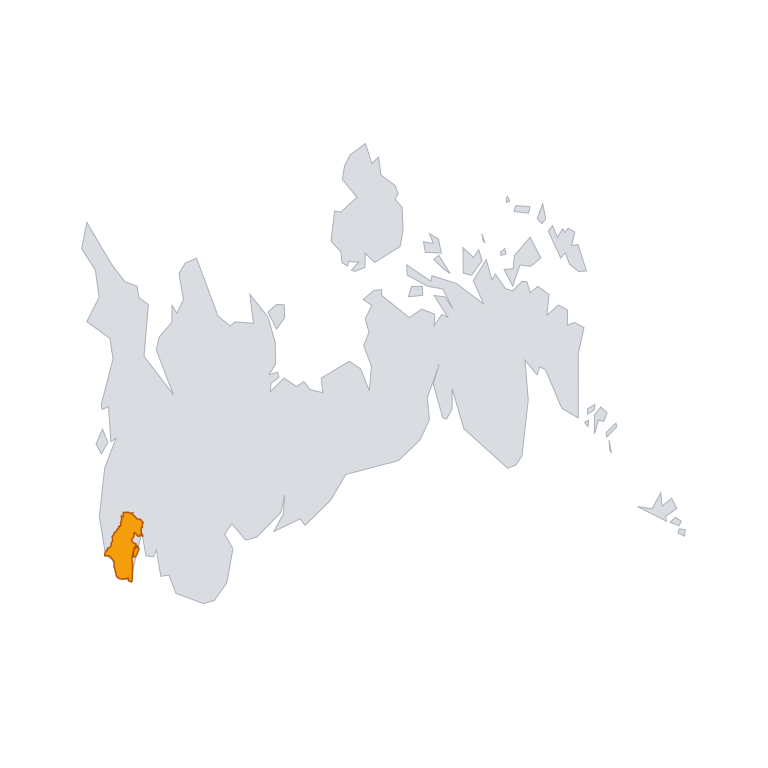 where Kent sits in United Kingdom, rotated 96°
{"feature_id": "GBR-3409", "entity_name": "Kent", "entity_type": "Administrative County", "adm_level": 1, "iso_a3": "GBR", "parent_name": "United Kingdom", "parent_adm1": "", "projection": "equal_earth", "projection_center": [0.675, 51.199], "detail": "fine", "context": "in_parent", "style": "filled", "palette": "amber", "viewbox_px": 768, "rotation_deg": 96, "n_neighbors": 0, "source": "natural_earth", "source_scale": "10m", "svg_char_len": 5614}
<svg xmlns="http://www.w3.org/2000/svg" viewBox="0 0 768 768"><g transform="rotate(96 384 384)"><path d="M416.8,592.3L374.0,614.0L360.8,612.6L345.0,601.5L328.1,602.9L335.3,597.3L321.0,592.3L295.4,599.4L284.7,594.4L278.4,583.7L333.8,556.2L342.5,543.0L337.8,538.9L337.3,520.2L308.8,526.8L329.7,506.3L354.4,496.4L375.7,494.0L386.6,499.2L383.5,491.1L388.4,489.2L395.3,496.5L403.5,496.2L388.6,484.0L395.7,470.7L390.0,464.0L397.2,457.0L399.1,444.1L384.7,447.0L365.0,421.0L371.5,408.6L392.3,398.0L367.7,398.3L348.0,408.2L334.0,404.3L321.2,409.5L307.0,404.3L302.2,413.6L291.9,403.6L290.5,396.0L296.0,395.9L315.3,365.8L305.6,354.2L309.3,340.8L320.7,340.3L308.7,333.7L311.0,327.5L290.8,343.2L290.9,332.9L301.9,323.2L283.2,335.6L282.4,350.1L273.3,372.3L263.1,373.9L276.9,348.2L271.3,347.6L276.6,322.2L294.3,293.0L271.9,306.0L249.9,295.3L269.1,287.5L263.1,284.7L276.3,273.3L278.1,265.9L267.6,257.6L267.5,252.5L278.0,248.1L270.8,241.2L277.7,229.2L298.6,229.2L287.3,218.7L291.2,209.2L306.5,207.9L303.0,201.1L306.9,191.0L333.7,194.0L397.5,187.2L389.6,204.6L352.9,224.9L350.6,230.9L358.8,232.8L345.4,246.3L384.7,238.9L441.4,239.3L450.9,244.4L454.8,252.2L420.1,299.9L381.7,315.7L401.7,313.7L412.5,318.3L411.4,322.0L378.6,335.1L358.6,331.2L393.3,339.5L414.6,335.1L435.8,342.3L458.7,361.7L478.0,412.7L504.7,424.6L532.7,447.6L526.9,453.4L542.2,478.1L523.6,470.5L504.8,471.2L522.5,473.1L549.7,494.7L553.7,505.3L538.7,520.8L550.0,526.7L563.6,517.0L598.1,519.6L616.9,530.0L621.2,540.7L614.0,568.9L596.5,578.0L598.6,585.8L573.0,593.0L580.1,595.5L579.8,602.8L556.9,609.3L605.6,615.7L604.8,627.0L587.4,635.4L583.3,643.0L546.0,653.2L497.0,653.0L465.9,644.8L469.9,649.6L435.4,655.6L438.7,661.7L435.0,663.2L387.4,656.1L367.3,661.4L353.0,686.1L327.7,676.4L301.0,682.9L281.0,698.8L254.4,696.4L293.3,667.6L309.3,652.4L312.6,639.8L323.9,636.7L329.6,626.6L381.5,625.6L416.8,592.3ZM247.4,451.6L217.1,451.2L217.6,444.9L201.1,430.4L185.0,446.7L171.5,446.1L159.8,441.8L146.8,427.6L166.0,419.2L158.9,413.1L176.4,408.9L185.6,393.6L193.3,389.8L198.8,392.4L206.5,384.5L229.2,381.0L245.6,382.4L264.1,406.0L255.9,416.4L270.1,415.1L275.0,424.8L274.2,428.3L265.5,421.9L265.8,431.9L270.5,432.5L267.9,438.4L257.2,440.6L247.4,451.6ZM251.8,202.3L245.4,212.0L234.5,217.4L240.3,221.4L214.7,236.6L209.0,233.0L219.9,226.9L210.9,222.4L214.4,219.8L209.8,217.2L213.0,210.1L226.9,212.0L224.9,205.7L250.4,194.5L251.8,202.3ZM251.7,250.5L251.5,261.3L273.1,266.2L257.6,276.6L255.9,267.7L242.5,267.6L222.8,254.0L242.3,241.3L251.7,250.5ZM477.1,79.9L486.3,90.1L491.0,88.7L479.4,119.1L480.0,104.3L463.2,97.4L476.4,94.7L467.6,86.0L477.1,79.9ZM265.5,316.8L240.1,319.7L248.9,308.3L240.6,303.8L251.1,299.4L266.7,308.3L265.5,316.8ZM328.0,489.7L340.6,496.5L324.6,506.9L316.1,499.2L315.7,491.6L328.0,489.7ZM247.7,340.7L248.8,356.6L238.4,359.6L239.1,349.5L229.8,354.3L234.0,345.1L247.7,340.7ZM398.4,161.6L397.3,166.8L411.4,169.5L392.8,171.5L384.3,166.0L389.4,159.1L398.4,161.6ZM294.8,368.8L284.2,366.9L282.8,356.1L291.7,354.7L294.8,368.8ZM483.1,657.8L473.8,664.1L458.4,659.3L470.9,652.5L483.1,657.8ZM254.9,347.5L250.3,342.9L267.3,329.8L263.6,336.4L254.9,347.5ZM202.9,240.4L208.0,243.6L203.5,248.9L188.2,245.0L202.9,240.4ZM198.9,272.6L192.8,271.7L192.3,257.5L199.0,258.0L198.9,272.6ZM491.6,85.0L486.1,80.2L489.4,74.0L494.0,75.8L491.6,85.0ZM413.3,156.8L409.3,158.2L398.7,149.3L402.2,148.0L413.3,156.8ZM392.6,178.4L387.4,179.1L382.3,172.0L387.9,172.3L392.6,178.4ZM503.9,69.2L501.5,75.9L497.1,75.2L497.5,69.2L503.9,69.2ZM427.1,152.2L416.4,154.4L428.2,150.7L427.1,152.2ZM243.8,281.2L240.6,281.8L236.7,278.1L242.0,276.3L243.8,281.2ZM405.0,176.6L401.3,180.5L398.6,176.8L405.0,176.6ZM230.9,300.5L224.3,302.4L233.2,298.3L230.9,300.5ZM190.5,281.1L186.4,281.9L184.6,280.7L188.9,278.1L190.5,281.1Z" fill="#d9dde1" stroke="#a8b0b8" stroke-width="1"/><path d="M554.9,610.1L558.1,609.7L558.5,609.5L558.7,609.1L558.9,608.6L559.1,608.4L561.2,608.0L560.9,608.1L560.5,608.5L559.7,609.5L559.6,610.4L559.9,611.1L560.9,611.2L561.2,611.8L560.8,613.3L560.0,614.0L558.4,615.7L557.9,616.9L558.0,617.2L558.7,617.3L559.2,617.2L560.0,616.9L560.9,616.7L562.3,617.0L563.8,617.9L565.1,618.9L566.7,618.1L567.9,617.3L568.6,615.0L568.8,614.4L569.0,614.0L571.1,614.4L570.7,613.7L570.4,612.8L570.7,612.2L571.7,612.2L571.8,613.0L572.4,614.2L573.1,615.2L573.6,615.6L584.1,616.6L590.1,615.1L606.0,613.9L607.2,614.5L606.8,616.5L606.6,616.9L606.4,617.3L606.1,617.6L605.8,617.8L604.0,617.8L603.8,618.0L603.9,619.3L604.3,620.4L605.1,622.0L605.5,624.5L605.2,626.9L604.2,628.9L602.8,630.2L599.5,631.1L598.2,631.9L597.6,632.0L596.6,631.9L596.0,632.1L595.5,632.4L595.1,632.9L594.7,633.2L593.7,633.5L590.5,633.6L589.5,633.8L588.5,634.3L586.6,635.8L584.1,638.7L583.6,639.4L583.7,641.1L584.2,643.5L582.5,644.0L578.8,643.0L579.0,642.7L578.7,641.9L577.8,641.5L577.2,641.9L576.4,641.9L574.7,639.1L573.6,638.5L570.2,638.6L569.2,637.8L568.4,637.5L564.0,638.4L562.4,637.2L559.6,636.5L559.3,635.4L556.5,634.3L555.7,633.2L554.7,632.8L553.5,633.0L553.6,632.0L552.5,631.7L552.4,631.0L552.3,630.9L549.1,631.5L546.8,630.7L542.8,631.4L543.5,629.7L542.5,629.4L540.7,629.8L539.0,629.9L538.7,627.9L538.9,627.0L538.1,625.3L539.1,623.2L538.7,621.7L538.6,620.3L539.4,620.7L540.6,620.4L540.7,619.0L541.9,618.1L542.4,617.1L543.6,616.2L544.3,614.1L544.2,613.5L543.9,612.4L544.9,611.1L546.4,609.9L547.0,609.0L549.5,609.7L551.1,609.3L551.9,609.3L552.2,609.9L552.6,610.4L553.5,610.5L554.1,610.4L554.9,610.1ZM580.8,612.7L581.9,613.6L582.3,614.5L582.1,615.2L580.8,615.6L575.1,615.3L574.1,615.0L573.3,614.3L572.6,613.4L572.1,612.7L572.7,611.0L573.1,610.6L573.7,610.4L579.8,612.1L580.3,612.3L580.8,612.7Z" fill="#f59e0b" stroke="#b45309" stroke-width="1.5"/></g></svg>